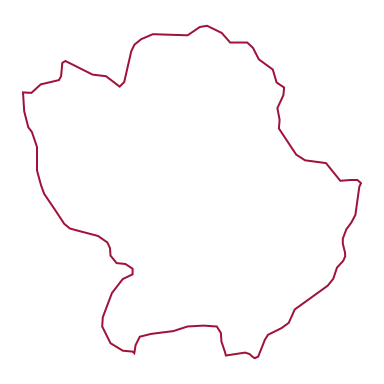 outline of Angus
{"feature_id": "GBR-2019", "entity_name": "Angus", "entity_type": "Unitary District", "adm_level": 1, "iso_a3": "GBR", "parent_name": "United Kingdom", "parent_adm1": "", "projection": "mercator", "projection_center": [-2.915, 56.726], "detail": "fine", "context": "isolated", "style": "outline", "palette": "rose", "viewbox_px": 384, "rotation_deg": 0, "n_neighbors": 0, "source": "natural_earth", "source_scale": "10m", "svg_char_len": 1278}
<svg xmlns="http://www.w3.org/2000/svg" viewBox="0 0 384 384"><path d="M361.0,183.2L359.3,186.8L355.4,214.9L351.2,222.8L346.4,229.2L342.8,238.7L342.8,243.7L345.0,252.5L345.2,256.3L343.3,260.7L337.0,267.6L333.3,278.7L327.8,285.6L294.8,309.4L288.7,322.9L281.5,328.1L268.0,334.8L264.9,339.7L258.2,356.6L254.8,358.2L252.3,356.6L249.5,354.0L245.1,352.6L225.9,355.5L224.9,351.8L221.4,341.4L220.9,333.0L216.8,326.5L203.5,325.6L187.5,326.5L173.2,331.1L151.1,333.9L139.8,336.7L135.6,345.1L134.3,353.2L132.6,351.6L122.8,350.7L110.5,343.2L102.2,326.5L102.8,317.2L112.0,292.9L122.8,279.0L132.6,274.3L132.6,268.7L125.4,264.0L116.6,263.1L110.5,255.6L110.0,248.1L107.4,242.5L98.1,236.0L90.9,234.1L80.2,231.3L69.9,228.5L64.2,223.8L55.0,209.8L44.2,193.9L41.1,185.5L37.0,170.5L37.0,159.2L37.0,147.0L31.9,132.0L28.3,127.3L24.2,111.3L23.0,92.4L31.4,92.9L40.7,84.4L58.9,80.1L61.1,76.2L62.3,62.9L65.4,61.0L92.5,74.6L106.0,76.2L119.6,86.6L124.2,82.1L131.3,51.1L134.5,44.6L141.3,39.1L152.9,34.2L187.6,35.3L199.8,27.0L207.1,25.8L221.8,33.0L230.1,42.5L247.2,42.5L253.0,47.9L258.8,59.3L272.8,69.6L276.6,82.5L284.1,87.5L283.4,95.2L277.4,108.1L279.6,119.9L278.9,128.5L296.2,154.6L305.0,160.3L326.0,163.1L340.3,180.8L350.3,180.0L357.4,180.0L361.0,183.2Z" fill="none" stroke="#9f1239" stroke-width="2"/></svg>